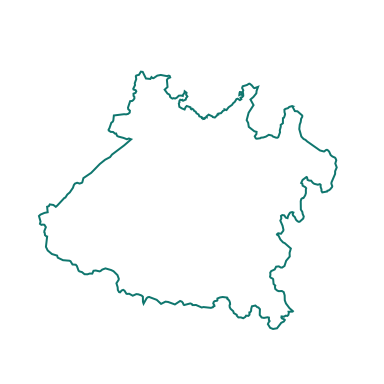 the district of Lalangina, Haute Matsiatra, Madagascar, rotated 110°
{"feature_id": "10022922B72540367204165", "entity_name": "Lalangina", "entity_type": "district", "adm_level": 2, "iso_a3": "MDG", "parent_name": "Madagascar", "parent_adm1": "Haute Matsiatra", "projection": "albers", "projection_center": [47.222, -21.414], "detail": "fine", "context": "isolated", "style": "outline", "palette": "teal", "viewbox_px": 384, "rotation_deg": 110, "n_neighbors": 0, "source": "geoboundaries", "source_scale": "gbopen_adm2", "svg_char_len": 5940}
<svg xmlns="http://www.w3.org/2000/svg" viewBox="0 0 384 384"><g transform="rotate(110 192 192)"><path d="M92.7,261.4L94.5,264.4L98.2,267.1L98.4,268.0L97.9,269.4L100.0,269.8L101.1,274.1L96.0,279.4L96.4,281.2L100.0,281.9L101.6,284.2L102.4,284.4L105.0,283.0L109.4,283.0L111.0,282.1L115.1,282.5L115.7,282.0L115.6,279.8L116.4,278.8L118.2,279.0L119.6,280.6L121.7,279.8L122.3,278.7L123.9,278.1L125.9,278.7L127.0,279.5L127.8,281.2L134.6,281.0L136.0,280.2L136.8,278.2L138.7,277.7L140.5,278.8L141.6,280.5L142.1,282.4L146.8,291.6L151.7,290.4L153.0,290.5L154.5,291.5L160.3,291.4L162.0,291.7L162.7,291.3L163.3,289.0L162.6,286.7L163.5,284.2L163.0,283.3L164.8,281.7L165.1,280.3L164.6,274.9L164.7,271.2L163.3,269.6L163.3,267.2L171.4,271.7L184.2,280.0L187.2,280.9L191.4,284.7L197.2,288.2L208.5,293.3L216.1,298.8L220.3,298.4L221.1,298.7L222.5,300.5L222.6,303.1L224.2,304.9L226.0,305.4L228.7,305.3L234.2,306.7L237.0,308.3L240.6,309.1L241.2,309.9L250.9,314.0L252.5,314.9L251.6,317.8L252.3,321.4L254.3,321.7L255.4,323.1L260.4,320.7L262.1,323.5L265.1,326.7L266.9,327.6L271.6,324.2L273.9,324.0L274.4,322.3L273.6,321.0L273.3,319.5L275.0,317.3L279.1,317.4L280.4,317.0L280.8,316.4L282.8,315.4L283.5,313.6L283.4,312.9L293.5,310.5L296.3,307.6L298.2,302.4L297.9,297.0L299.6,295.7L300.2,289.9L298.5,283.7L298.6,282.5L301.0,279.5L300.1,276.4L300.9,274.9L304.7,271.7L305.1,270.7L304.9,268.0L306.0,264.9L305.1,262.1L303.6,260.2L302.8,257.8L299.7,257.6L298.7,255.6L298.2,251.7L297.5,250.9L295.6,249.8L293.4,247.2L293.0,241.3L293.3,238.6L295.6,233.6L298.6,231.1L299.7,230.9L303.6,231.8L306.9,229.3L309.4,228.2L311.0,226.3L310.9,225.3L308.6,224.4L307.5,223.2L307.8,221.7L310.0,218.9L310.0,218.2L309.1,216.2L309.7,212.2L307.0,209.4L306.5,207.4L306.5,204.1L307.1,202.4L312.0,200.5L313.5,199.3L307.3,198.3L306.1,197.6L305.3,196.4L305.4,188.3L307.7,182.8L304.1,179.4L303.5,176.8L303.5,169.6L298.5,165.9L298.5,164.1L299.2,162.8L300.8,161.3L300.9,160.7L297.3,155.5L297.3,153.9L298.1,152.9L296.8,149.5L297.2,143.4L296.2,141.9L294.4,134.6L293.1,132.9L292.3,132.9L291.6,131.9L290.8,132.2L289.5,133.9L288.0,134.0L286.9,133.5L285.6,131.3L285.1,131.1L283.4,131.7L281.5,129.6L280.2,127.3L279.2,122.9L279.7,122.2L280.3,122.3L281.2,120.0L282.8,118.6L284.4,117.8L285.5,118.0L287.3,117.2L288.6,115.8L289.9,112.5L291.5,111.3L292.1,108.0L292.9,107.6L294.0,105.5L293.1,103.1L293.1,100.7L291.2,99.2L289.7,98.9L289.1,96.6L287.6,96.0L285.6,96.9L285.2,96.2L283.5,95.8L281.6,96.4L278.9,96.6L277.0,93.6L277.9,91.3L277.8,90.1L278.9,88.1L284.4,86.3L286.1,83.6L285.7,81.3L283.9,78.2L283.7,76.8L286.1,75.9L286.4,75.2L287.0,74.9L288.2,75.4L290.2,75.5L292.9,72.1L293.0,69.0L291.0,65.5L284.4,63.4L282.3,61.4L280.5,61.0L280.2,61.5L280.0,64.3L279.4,65.1L278.3,65.3L277.7,62.9L276.2,61.7L275.8,60.0L274.5,59.4L272.4,59.7L271.5,60.3L270.0,56.6L269.5,56.4L267.8,60.7L264.6,65.6L262.0,67.8L257.4,69.6L254.7,71.6L254.3,73.7L255.5,76.5L255.5,78.1L254.6,80.6L252.7,81.7L251.5,81.7L250.5,83.9L246.2,85.9L245.8,86.6L245.6,88.8L244.9,89.7L243.0,90.0L241.0,90.9L239.2,90.5L236.5,87.8L233.4,87.4L232.2,85.0L232.6,82.7L232.2,81.5L229.9,79.8L224.4,80.0L219.2,78.1L215.8,79.5L211.3,79.8L208.3,87.5L208.2,89.2L206.4,92.7L203.2,96.0L203.3,97.0L202.7,97.7L201.3,96.9L200.8,94.1L197.3,93.0L196.3,93.1L192.7,95.4L188.7,99.2L186.3,99.0L184.1,100.2L182.8,99.3L182.4,97.3L184.0,95.1L183.9,93.3L181.5,93.5L178.6,93.0L177.7,92.6L176.6,91.0L176.6,89.7L178.4,89.8L179.5,89.0L180.4,86.8L182.5,84.8L183.4,82.8L183.5,81.3L183.0,80.6L178.9,78.4L176.8,78.6L174.8,80.5L173.0,81.5L171.3,83.7L163.4,86.7L161.3,86.9L159.9,86.1L159.6,85.2L156.5,84.5L154.1,84.6L150.9,85.8L149.4,86.0L148.7,87.2L148.2,90.2L146.4,91.2L146.2,92.5L142.8,92.2L138.8,89.6L138.9,88.9L141.1,87.5L141.2,85.8L140.6,83.9L142.0,81.7L142.5,79.9L142.1,76.2L140.9,74.6L141.2,73.6L143.4,72.8L145.1,71.3L146.7,70.7L147.8,69.4L145.3,65.2L144.5,65.2L143.9,64.2L142.3,63.1L139.5,62.1L138.5,62.2L136.5,63.9L135.2,64.2L126.1,63.7L123.5,64.6L119.4,64.4L116.2,67.1L112.8,67.3L111.3,68.6L110.8,69.5L110.6,72.2L109.9,74.3L107.1,77.0L106.3,78.7L106.2,79.6L106.6,80.3L108.8,81.8L109.2,85.9L105.1,101.1L104.2,103.2L104.0,105.3L102.5,108.2L96.2,112.7L91.9,113.8L89.1,113.8L85.8,114.5L83.6,114.1L82.4,114.6L80.1,120.5L80.8,123.0L77.3,126.9L77.0,126.6L77.0,127.3L78.8,129.7L80.4,130.5L82.0,132.7L83.0,133.3L85.3,132.4L86.9,131.2L88.3,131.0L90.7,131.0L91.5,131.8L96.3,130.1L98.6,131.6L100.3,130.9L104.0,130.6L105.8,129.7L111.0,129.7L111.8,130.3L112.2,131.6L112.2,134.9L111.6,136.2L112.0,139.4L114.7,141.5L116.4,143.7L117.3,145.7L118.1,146.2L119.6,149.0L119.9,149.8L119.7,150.5L118.2,152.1L115.5,151.3L113.4,151.9L113.6,154.2L111.4,160.9L107.8,162.9L105.8,165.2L98.1,165.9L89.3,163.9L85.1,168.7L81.7,166.8L77.3,165.3L74.8,165.9L70.6,165.9L73.0,168.7L73.0,169.6L71.3,172.4L70.5,174.9L70.8,175.5L72.7,177.0L75.3,180.5L77.1,180.5L78.9,178.6L81.0,178.5L81.7,181.2L82.7,181.2L84.7,180.7L82.5,178.3L83.8,178.0L83.8,177.5L83.0,177.2L84.1,176.7L85.6,177.2L86.7,178.6L87.9,177.4L89.3,178.4L88.7,181.0L89.5,182.0L92.6,182.6L94.7,183.8L96.3,184.1L99.9,186.6L103.2,187.6L103.2,189.7L103.9,189.4L105.1,190.6L108.0,191.7L109.3,194.0L110.2,193.8L110.3,194.6L111.6,194.7L114.2,196.0L114.5,198.1L114.0,198.7L113.6,202.8L115.8,204.1L116.7,203.7L116.7,204.4L119.0,205.3L119.4,206.1L119.0,206.2L119.5,206.6L118.9,207.3L119.2,208.0L118.3,208.5L118.4,211.0L116.9,212.3L116.5,214.7L115.3,216.0L115.0,217.8L114.0,218.9L113.7,220.4L114.5,220.9L114.2,221.6L112.9,222.5L113.0,226.4L114.4,227.0L117.0,227.2L116.9,230.1L116.3,233.0L113.2,234.7L112.0,234.4L111.0,235.0L109.3,234.6L109.2,233.3L108.7,232.6L109.3,232.1L109.3,231.6L107.3,229.5L105.9,229.7L103.8,229.0L102.6,230.8L100.6,231.1L99.9,233.3L101.4,233.0L104.0,233.7L104.9,233.5L105.1,235.3L106.0,237.3L108.7,238.6L109.9,239.8L110.2,241.6L110.9,242.3L110.8,243.3L110.1,245.1L108.7,245.9L108.1,247.0L107.9,248.7L105.2,252.7L101.7,250.9L95.3,253.9L93.5,253.5L91.8,251.7L90.6,252.7L90.6,253.6L91.7,255.2L92.7,261.4Z" fill="none" stroke="#0f766e" stroke-width="2"/></g></svg>